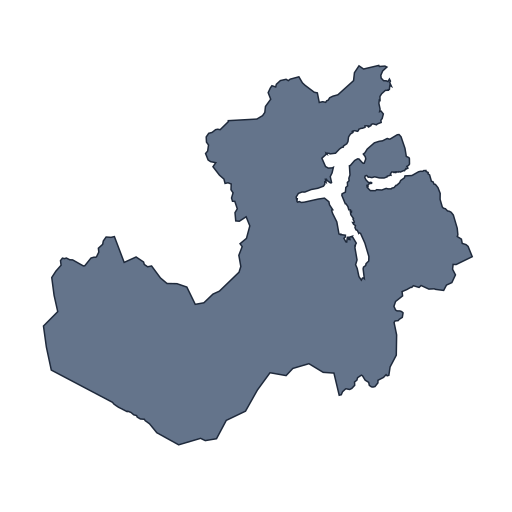 outline of Rauma nor, Møre og Romsdal, Norway, rotated 87°
{"feature_id": "86288312B59453092590792", "entity_name": "Rauma nor", "entity_type": "district", "adm_level": 2, "iso_a3": "NOR", "parent_name": "Norway", "parent_adm1": "Møre og Romsdal", "projection": "orthographic", "projection_center": [7.589, 62.442], "detail": "fine", "context": "isolated", "style": "filled", "palette": "slate", "viewbox_px": 512, "rotation_deg": 87, "n_neighbors": 0, "source": "geoboundaries", "source_scale": "gbopen_adm2", "svg_char_len": 6083}
<svg xmlns="http://www.w3.org/2000/svg" viewBox="0 0 512 512"><g transform="rotate(87 256 256)"><path d="M266.8,461.1L284.7,459.7L301.2,456.9L314.8,471.9L336.0,470.1L359.2,466.4L394.6,407.0L396.7,405.4L399.8,401.3L404.7,392.8L404.3,392.2L405.7,389.0L408.2,386.4L409.1,383.6L410.6,383.1L412.7,380.0L413.2,376.0L414.6,375.3L418.0,371.1L427.3,364.3L440.5,343.1L435.2,320.9L437.7,316.3L436.4,305.0L418.6,294.3L410.4,274.6L389.9,261.6L373.3,248.1L377.0,232.2L370.2,225.1L366.3,208.8L375.7,195.0L377.0,184.3L399.4,180.2L399.0,178.1L396.1,176.7L393.5,173.6L393.3,173.0L394.2,169.5L393.3,167.3L390.3,164.2L387.0,164.2L385.3,161.8L382.8,160.9L380.5,157.0L381.2,155.9L385.7,153.5L388.1,150.1L391.1,149.6L392.7,147.6L393.0,146.1L392.6,144.0L389.1,140.9L386.5,140.7L383.9,135.0L381.3,132.3L382.5,131.3L382.1,129.6L373.8,127.9L362.4,121.1L342.2,119.7L329.6,121.6L328.1,120.5L328.0,117.5L326.7,116.2L324.9,113.1L320.5,112.1L319.1,113.5L318.4,115.2L318.2,118.0L317.3,119.4L313.5,120.9L308.7,119.0L303.5,111.7L299.2,112.0L297.4,107.1L295.4,103.1L295.5,102.1L293.9,100.4L295.9,94.8L294.1,92.7L298.1,85.1L298.1,79.7L298.7,78.5L300.2,70.4L295.0,67.3L292.8,61.8L285.3,57.8L279.5,60.4L274.7,59.6L275.0,56.6L268.0,40.1L257.5,43.7L255.6,45.7L254.2,49.4L249.9,50.0L247.1,54.0L245.4,53.3L238.8,53.6L225.4,56.8L222.6,58.8L221.5,60.5L221.0,62.4L218.7,64.4L218.1,66.3L216.8,67.4L209.1,69.2L203.1,68.8L197.3,70.7L193.9,73.1L193.6,74.4L191.1,75.4L190.6,76.9L184.1,78.4L182.9,79.9L181.6,79.7L180.5,81.8L179.5,81.8L179.5,84.2L180.2,85.0L180.0,87.2L180.4,89.3L183.8,96.1L183.8,103.0L185.7,103.7L188.2,107.6L190.4,108.8L192.9,112.0L192.8,112.6L194.9,114.5L195.3,116.7L196.0,117.4L195.9,120.5L195.3,122.5L196.7,126.9L196.1,132.0L197.0,133.4L196.7,138.4L193.3,141.4L191.6,141.5L192.2,140.5L190.9,140.5L189.6,138.9L189.5,136.8L188.8,136.7L188.4,137.6L188.7,139.0L188.2,140.1L185.7,142.2L183.2,143.3L181.7,142.7L181.4,141.2L183.2,139.8L183.1,138.7L183.8,136.2L183.1,133.3L184.5,128.7L184.8,124.0L183.8,120.9L183.2,120.8L182.4,117.7L181.9,117.5L182.1,117.1L180.9,117.4L179.2,116.0L179.4,113.9L179.8,113.9L179.8,112.3L179.3,112.3L179.3,111.5L179.7,111.5L179.4,111.1L179.6,109.2L179.2,108.9L179.7,107.4L178.4,103.9L178.6,103.2L176.6,101.8L177.0,101.4L176.2,99.7L174.4,100.7L173.6,99.0L172.2,97.9L166.8,97.7L165.8,98.1L164.4,100.7L156.3,101.6L144.6,104.9L142.2,106.8L142.3,108.6L146.2,115.9L146.3,116.8L145.5,118.8L147.6,123.6L147.9,127.0L149.2,131.9L155.0,139.3L158.7,141.9L159.8,143.5L162.5,141.7L164.8,141.3L169.0,143.1L169.1,144.0L168.2,145.1L164.5,148.1L164.3,149.5L165.8,152.5L170.5,157.0L170.8,158.0L179.9,157.9L183.2,159.2L185.7,159.1L187.3,160.9L190.8,160.9L192.2,162.7L196.9,163.4L198.4,166.8L200.0,167.1L208.5,164.1L208.5,163.5L211.3,161.7L214.7,160.9L214.9,159.3L216.3,159.5L216.3,158.3L217.3,158.4L217.8,159.4L219.8,159.1L223.6,156.7L224.2,157.2L227.3,156.0L228.0,156.5L227.7,157.7L229.4,156.9L230.8,155.1L232.8,155.7L235.1,154.8L235.7,153.5L238.5,152.3L238.1,152.1L238.9,150.4L248.8,146.6L262.5,143.3L266.9,143.7L269.4,146.5L271.3,147.0L272.7,149.2L274.4,149.7L284.3,149.0L283.5,149.8L283.6,150.8L285.6,152.1L281.9,154.3L273.7,155.6L269.9,157.0L265.2,155.3L252.7,156.8L250.4,156.1L251.4,156.7L251.1,156.8L248.4,155.2L241.8,158.7L242.1,159.1L241.9,159.5L241.4,159.1L242.1,161.7L244.5,161.3L244.3,162.5L242.1,162.8L242.1,163.8L246.8,164.7L246.6,165.5L242.9,167.3L241.7,165.8L239.9,165.6L239.2,169.5L238.8,169.7L238.6,170.1L239.1,170.4L238.3,172.0L226.2,173.5L217.7,177.2L214.6,178.1L214.1,178.0L213.9,176.9L208.8,179.9L205.6,180.4L201.8,184.6L202.4,190.9L204.8,205.1L204.9,208.1L203.9,209.8L204.4,211.7L203.7,212.2L201.1,212.4L201.6,211.9L201.0,211.8L201.0,212.6L199.2,212.8L195.7,210.4L194.5,206.7L194.7,203.9L192.5,197.4L191.6,190.7L189.8,185.0L188.0,183.6L185.4,183.4L185.3,182.8L185.9,182.2L183.0,182.7L183.0,181.6L184.3,181.1L186.7,178.1L187.0,177.3L186.6,176.7L180.6,177.7L177.0,175.7L171.5,174.1L172.0,175.2L172.0,179.2L170.3,181.9L161.8,185.1L158.1,180.6L157.5,180.7L158.0,180.3L157.5,180.4L157.8,180.0L156.9,180.4L157.7,179.6L157.5,179.1L157.5,179.6L157.0,179.7L157.4,177.3L157.9,176.8L157.5,171.2L153.5,167.0L152.1,164.8L151.8,163.1L150.6,162.8L148.7,159.5L146.6,158.2L141.9,157.3L139.1,155.3L137.8,152.9L136.8,153.3L136.8,152.5L136.2,152.5L136.0,150.7L136.8,148.2L136.2,147.2L134.9,146.8L134.1,144.8L134.0,143.0L133.2,140.4L131.8,140.4L131.7,138.8L132.1,136.5L132.6,137.3L133.1,136.9L131.7,134.3L130.7,134.1L130.1,132.3L131.3,128.8L130.5,128.0L129.2,124.0L127.0,124.2L125.3,122.8L120.8,121.4L117.8,123.6L118.3,125.0L115.8,124.4L110.0,125.3L106.7,124.7L107.1,124.0L103.2,123.9L100.5,122.0L97.4,118.2L97.4,115.3L96.9,115.3L96.7,114.1L92.6,113.4L93.6,111.9L89.8,113.4L88.4,112.6L86.3,113.5L88.7,115.1L87.9,116.7L87.6,119.4L84.9,121.7L82.1,121.9L77.8,119.8L74.2,115.4L73.1,117.3L73.2,122.9L72.1,123.4L74.9,138.8L71.5,143.2L78.1,148.1L86.0,149.4L99.3,165.8L100.4,170.8L101.8,174.1L104.2,175.8L104.7,177.3L106.2,178.4L105.4,181.4L106.0,184.8L96.3,186.2L95.5,189.3L88.0,198.2L85.5,200.6L79.3,203.8L81.2,212.6L82.6,214.6L81.1,216.7L82.1,222.5L85.6,226.7L88.2,227.5L86.8,231.2L89.0,232.9L93.5,235.3L100.2,233.1L107.1,238.7L113.1,239.7L116.2,242.1L119.3,248.0L119.4,276.6L120.5,276.7L128.0,285.2L127.4,287.6L127.7,289.7L130.3,293.4L131.0,296.8L134.5,299.5L139.7,299.5L142.7,297.6L148.7,298.8L151.0,301.0L157.6,298.8L159.4,296.4L160.7,291.3L164.6,294.3L173.3,288.3L177.5,284.0L181.9,283.1L181.4,280.1L182.8,277.0L188.5,277.5L191.7,275.6L196.8,277.4L200.1,276.6L200.3,274.3L207.9,272.2L211.6,274.7L219.9,274.4L220.4,270.8L216.3,263.8L225.6,260.6L237.9,264.6L242.9,271.3L245.9,269.3L254.4,273.1L265.7,271.7L271.3,273.8L289.2,294.4L291.8,301.0L300.0,310.5L301.1,319.2L283.4,326.7L279.5,336.4L278.8,346.3L272.9,352.6L260.5,360.8L261.1,364.8L258.6,368.0L256.1,368.6L250.7,375.8L255.5,388.0L229.2,396.4L229.8,399.8L229.2,404.7L233.0,407.7L236.3,408.5L240.0,413.0L243.9,412.8L248.4,415.3L248.9,416.3L248.7,417.8L249.4,420.9L256.8,427.5L256.9,428.9L250.3,439.3L250.0,442.2L248.1,445.5L248.6,447.4L248.0,449.4L250.4,451.5L255.0,451.1L260.6,456.6L266.8,461.1Z" fill="#64748b" stroke="#1e293b" stroke-width="1.5"/></g></svg>